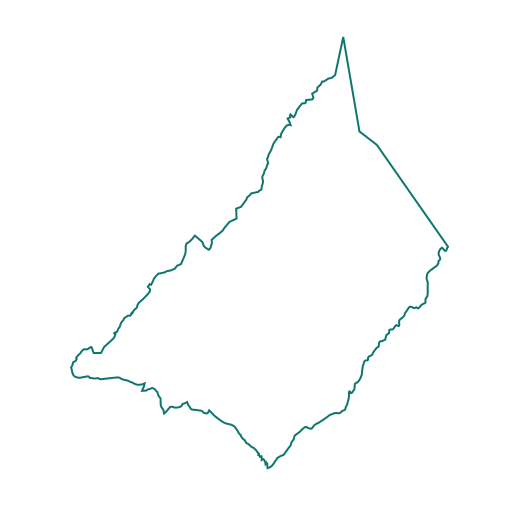 outline of Tehuipango, Veracruz, Mexico, rotated 176°
{"feature_id": "50627088B27268418868479", "entity_name": "Tehuipango", "entity_type": "district", "adm_level": 2, "iso_a3": "MEX", "parent_name": "Mexico", "parent_adm1": "Veracruz", "projection": "natural_earth1", "projection_center": [-97.047, 18.52], "detail": "fine", "context": "isolated", "style": "outline", "palette": "teal", "viewbox_px": 512, "rotation_deg": 176, "n_neighbors": 0, "source": "geoboundaries", "source_scale": "gbopen_adm2", "svg_char_len": 6014}
<svg xmlns="http://www.w3.org/2000/svg" viewBox="0 0 512 512"><g transform="rotate(176 256 256)"><path d="M144.1,373.0L153.7,468.4L164.4,431.1L166.3,429.6L168.1,428.4L171.5,427.9L176.2,425.3L177.8,425.4L179.4,422.6L183.0,419.7L183.6,416.6L188.6,414.1L187.7,410.1L188.8,408.3L195.1,408.1L195.8,405.4L196.9,404.9L198.8,405.1L200.2,404.2L204.9,398.9L206.8,394.6L208.2,392.3L209.0,391.9L211.7,394.8L212.4,393.8L212.2,391.9L214.9,390.9L213.5,388.0L212.4,384.2L213.3,384.6L216.2,384.1L218.5,381.7L220.2,379.4L222.4,376.1L223.2,372.8L224.9,373.4L225.6,373.2L230.6,367.1L233.6,360.4L236.5,356.0L237.2,353.5L238.2,352.4L237.4,347.5L238.1,346.8L239.9,342.4L241.4,340.8L242.4,337.7L244.1,334.9L244.3,333.2L243.8,330.5L244.0,328.6L245.2,325.4L245.9,322.3L246.7,321.5L248.4,320.8L249.2,319.8L256.3,318.8L258.8,316.4L260.7,315.2L261.7,312.9L267.5,306.1L272.5,304.6L272.8,294.7L280.2,291.8L285.4,286.4L287.5,283.7L290.5,281.4L294.4,278.9L299.1,275.2L299.1,272.0L300.7,267.4L302.5,265.5L304.2,266.6L306.0,268.1L307.3,269.6L308.6,273.8L315.5,280.6L318.6,277.3L321.5,274.8L324.5,273.2L325.5,270.5L325.7,266.4L326.4,263.0L328.4,258.9L331.4,253.2L335.4,251.8L338.0,248.9L342.3,247.5L346.0,247.1L348.4,246.0L352.7,245.4L354.5,245.3L357.2,242.9L359.5,240.3L360.6,238.1L362.7,234.6L364.1,235.3L366.0,232.8L364.0,230.1L364.5,227.8L367.1,225.0L371.8,220.8L376.3,217.4L377.9,214.8L378.2,213.2L379.4,212.0L380.9,211.0L382.5,209.1L383.8,207.9L383.3,207.8L385.7,205.2L387.7,205.5L391.9,203.1L392.9,201.2L394.7,199.5L395.3,198.5L397.2,194.3L398.4,193.2L398.7,192.3L399.4,191.1L399.9,190.1L401.7,189.6L402.8,189.1L402.8,188.6L401.6,187.8L403.4,184.2L405.9,182.1L413.9,175.8L417.4,170.0L424.7,170.6L426.5,176.6L427.3,176.6L428.9,175.8L430.4,174.9L431.8,174.6L433.4,175.0L434.8,174.6L435.8,173.9L437.0,172.6L438.0,171.3L438.8,170.5L440.3,169.5L442.5,167.0L442.5,166.8L442.1,165.8L442.6,164.9L443.3,163.9L444.4,163.4L445.8,162.8L446.1,162.2L446.3,161.1L446.7,160.1L447.4,158.8L448.2,157.9L447.9,156.5L447.3,152.3L446.4,149.7L445.5,148.7L444.4,148.0L442.9,147.3L441.6,147.1L440.5,146.7L437.9,147.1L432.4,147.7L431.4,147.5L430.9,146.8L430.0,145.8L427.9,145.6L426.7,145.2L424.5,145.0L422.1,145.3L421.0,144.3L419.2,143.9L405.0,144.5L402.0,144.5L400.4,144.0L399.4,143.2L398.0,142.3L396.3,141.8L394.5,141.1L392.9,140.8L390.2,139.2L388.1,138.3L386.7,137.3L384.5,136.3L382.4,135.6L380.1,135.8L378.1,135.9L376.0,136.7L376.8,134.0L377.3,132.8L378.5,130.9L379.1,129.4L376.2,129.5L375.3,129.3L372.6,130.6L371.5,130.7L370.4,131.0L368.8,131.6L367.7,131.1L366.5,130.4L365.7,129.5L365.1,128.5L363.9,127.1L363.6,125.8L363.4,124.8L362.9,123.3L362.0,121.8L361.1,120.3L361.3,117.9L361.4,114.2L361.0,112.2L360.2,110.7L359.4,109.4L358.9,108.2L358.9,106.7L358.7,105.3L358.0,105.7L357.0,106.4L355.9,107.5L354.8,108.8L353.7,109.7L352.3,111.4L350.5,111.6L349.4,111.1L347.7,110.5L346.3,110.3L344.3,110.4L343.0,110.6L341.5,111.1L340.4,112.1L339.9,113.2L338.8,113.7L337.5,114.0L336.2,114.5L334.9,115.1L334.3,113.1L334.0,112.2L332.6,110.0L331.7,108.1L330.3,107.2L328.7,106.9L327.3,106.8L320.9,105.3L319.0,103.2L317.9,102.8L316.2,102.3L315.0,102.8L313.5,105.3L308.6,99.5L303.5,95.0L302.6,94.3L301.2,93.1L298.3,91.3L296.8,90.7L295.5,90.5L294.2,89.9L292.5,89.5L291.2,88.6L289.9,87.9L289.1,87.1L287.6,84.7L286.2,82.1L285.6,80.6L284.4,79.0L283.8,78.6L283.8,77.8L283.2,76.7L282.2,75.1L281.4,74.1L280.3,73.3L279.7,72.2L279.1,70.7L278.4,70.0L277.4,69.3L276.7,69.0L275.4,67.6L274.9,67.0L273.8,65.9L272.8,65.3L271.7,64.8L271.0,63.9L269.8,62.7L268.7,61.1L268.3,60.1L267.5,59.4L266.9,58.6L267.6,57.4L266.5,57.0L266.2,55.5L265.0,55.8L264.7,54.9L264.4,55.1L264.4,53.8L264.5,52.1L263.0,52.9L262.2,52.3L261.7,50.9L261.1,49.5L261.0,47.9L260.1,49.1L259.6,47.5L259.3,47.6L259.3,43.6L256.8,44.3L255.0,45.4L253.5,46.9L251.5,49.6L248.6,53.1L246.2,54.4L244.3,55.1L242.6,55.5L241.3,56.8L239.5,59.1L238.3,60.5L236.6,62.6L235.3,63.9L234.3,65.5L233.7,67.4L232.7,68.8L231.3,70.3L230.9,71.2L230.2,73.7L229.6,74.4L224.8,77.4L221.7,80.2L219.0,81.9L217.7,82.0L216.3,80.9L214.8,80.3L213.4,79.8L212.4,80.1L211.3,81.2L210.2,82.6L209.0,83.6L207.7,84.3L205.7,85.0L199.5,88.4L197.6,89.6L195.7,90.7L194.0,92.0L192.0,92.7L190.5,93.1L189.1,93.7L187.8,93.8L186.0,93.7L184.9,93.4L184.2,93.3L183.3,93.5L182.2,94.2L180.9,95.4L179.1,95.9L177.9,96.6L177.4,97.7L176.8,99.4L176.1,100.4L175.4,101.7L174.2,105.2L173.3,108.1L173.1,109.5L172.9,111.0L172.9,112.6L172.7,113.7L172.3,114.4L171.7,114.1L171.2,113.0L170.7,112.5L170.2,112.7L169.4,113.3L168.8,114.2L167.7,115.5L167.0,116.8L166.8,117.9L166.5,119.7L166.4,121.3L165.5,122.0L164.9,122.5L164.1,122.6L162.8,123.6L161.8,124.7L160.2,127.1L159.7,128.3L158.9,129.8L158.5,131.1L158.2,133.0L158.1,134.3L157.5,137.0L157.3,138.1L156.9,139.3L156.3,140.5L155.9,141.8L155.3,143.3L154.3,144.0L153.1,144.2L152.0,144.2L151.6,144.6L151.4,145.2L151.5,146.1L151.3,146.6L150.8,147.5L150.0,148.0L149.1,148.3L148.1,148.7L147.0,149.4L146.5,150.3L146.2,151.2L142.8,155.2L141.4,156.4L140.1,156.9L139.8,157.7L139.4,160.4L138.7,161.7L137.7,162.2L135.6,162.4L134.5,163.0L133.4,163.2L132.7,164.0L132.5,165.1L131.8,167.1L131.0,168.4L129.9,169.1L128.7,169.7L128.4,171.0L128.3,172.7L127.3,173.3L126.3,173.2L124.7,173.3L123.5,174.3L123.0,175.3L121.1,177.2L120.3,177.0L119.5,176.5L118.4,176.2L117.8,177.5L118.0,178.8L117.6,181.7L116.6,182.8L115.3,183.5L113.8,184.7L112.7,185.6L112.1,186.6L111.7,187.7L111.1,188.9L110.0,190.2L109.2,191.1L107.4,193.6L106.1,194.7L104.8,194.5L103.7,194.1L102.6,193.1L101.8,193.0L100.9,193.2L99.6,193.6L98.6,192.7L97.6,192.5L96.6,193.3L95.8,194.3L94.6,195.4L93.1,196.4L91.6,196.9L90.3,197.5L90.1,198.3L90.1,199.5L89.7,201.8L88.6,202.9L87.7,204.4L87.5,206.3L87.1,208.0L87.1,210.7L86.5,217.6L87.3,220.9L87.4,222.6L86.9,224.1L86.6,225.6L85.8,227.1L83.8,228.8L82.2,230.2L81.0,230.6L79.2,232.0L78.1,232.6L76.2,233.7L74.6,235.9L74.4,238.0L73.9,238.6L72.6,239.6L72.4,240.9L72.7,242.0L73.7,244.7L73.6,246.3L72.9,248.1L71.9,249.8L69.9,251.3L69.3,250.8L67.2,248.0L66.1,248.0L65.4,249.1L64.8,250.6L63.8,251.8L127.7,358.4L144.1,373.0Z" fill="none" stroke="#0f766e" stroke-width="2"/></g></svg>